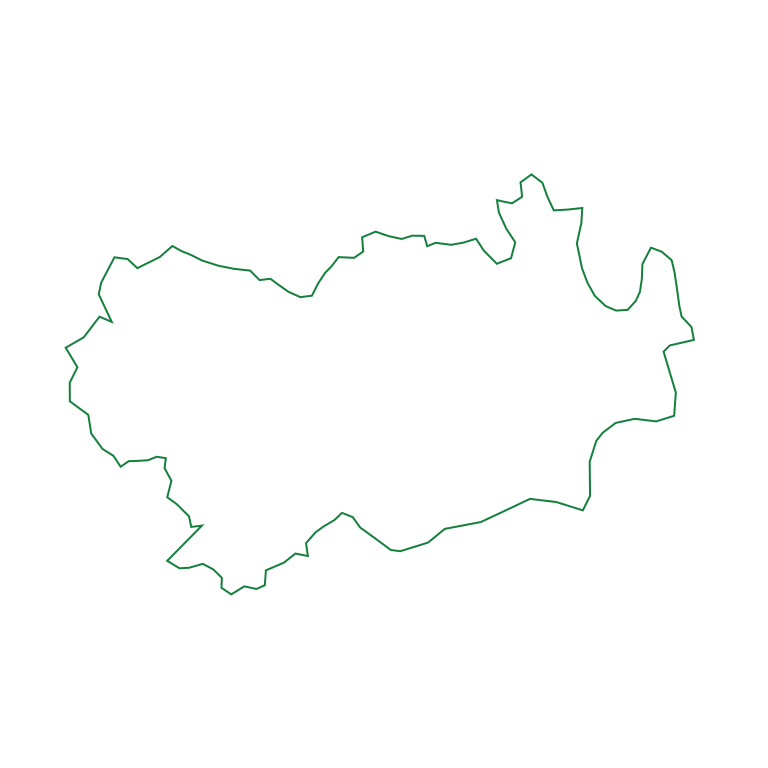 outline of Nicolau Vergueiro, Rio Grande do Sul, Brazil, rotated 171°
{"feature_id": "56859067B10489140386792", "entity_name": "Nicolau Vergueiro", "entity_type": "district", "adm_level": 2, "iso_a3": "BRA", "parent_name": "Brazil", "parent_adm1": "Rio Grande do Sul", "projection": "orthographic", "projection_center": [-52.451, -28.521], "detail": "fine", "context": "isolated", "style": "outline", "palette": "green", "viewbox_px": 768, "rotation_deg": 171, "n_neighbors": 0, "source": "geoboundaries", "source_scale": "gbopen_adm2", "svg_char_len": 1870}
<svg xmlns="http://www.w3.org/2000/svg" viewBox="0 0 768 768"><g transform="rotate(171 384 384)"><path d="M80.1,415.0L79.7,433.9L79.6,448.9L80.5,461.3L89.0,471.2L99.0,476.9L110.0,462.0L112.9,447.4L116.8,435.0L122.3,426.7L131.8,419.1L143.3,420.2L152.9,426.3L162.0,438.1L167.2,452.2L170.3,467.2L171.5,492.7L163.9,512.1L160.6,526.8L174.6,527.5L189.1,528.9L193.1,542.4L196.1,558.0L205.6,567.9L217.6,561.8L218.3,547.3L229.4,542.4L243.7,547.9L243.7,535.4L238.9,518.2L232.2,503.4L238.8,488.4L253.7,485.1L264.6,500.2L270.3,513.1L283.5,511.2L295.9,511.0L311.1,515.4L319.8,513.3L321.1,524.0L332.9,526.1L343.8,524.5L356.2,529.3L368.5,535.8L382.7,532.3L383.8,518.1L393.8,513.3L409.0,516.4L417.5,508.4L424.8,503.0L433.3,493.7L441.4,482.5L453.1,482.9L464.0,490.1L472.7,498.5L479.7,505.7L490.7,506.1L498.4,516.9L514.4,521.3L529.2,526.8L544.3,534.4L554.9,542.0L563.0,546.8L571.4,553.4L585.6,544.5L609.5,537.0L617.7,547.5L630.4,551.3L637.5,541.8L647.5,528.3L651.7,517.2L649.0,507.9L643.2,487.9L654.5,495.0L673.2,477.1L692.7,469.6L684.2,448.5L694.2,434.4L697.0,416.0L680.9,399.8L680.9,380.8L672.2,363.9L662.4,355.3L657.1,343.5L648.2,347.7L639.1,346.6L629.1,345.6L620.0,347.7L611.1,344.9L613.9,335.2L609.1,321.7L615.8,306.1L607.3,297.5L597.3,283.8L596.7,273.0L586.0,272.6L625.8,243.3L614.9,234.0L605.4,233.0L591.2,234.7L581.7,227.7L574.5,218.0L576.4,208.1L567.8,200.1L553.6,206.0L542.1,201.5L533.2,203.9L529.8,218.4L510.8,223.2L498.0,230.4L486.1,226.0L485.9,239.0L475.0,248.1L466.5,252.5L454.2,257.4L445.7,263.3L435.7,257.4L430.0,246.0L414.8,230.8L403.3,219.0L394.2,216.3L365.3,220.5L346.6,231.4L310.1,232.5L289.5,238.4L257.8,247.7L232.4,240.5L207.4,228.1L198.0,241.2L193.0,275.1L183.2,294.7L175.6,301.7L161.3,309.3L141.9,310.4L121.0,304.5L102.4,307.2L97.1,329.8L102.8,372.2L95.6,377.4L71.0,379.1L71.4,392.2L79.5,404.0L80.1,415.0Z" fill="none" stroke="#15803d" stroke-width="2"/></g></svg>